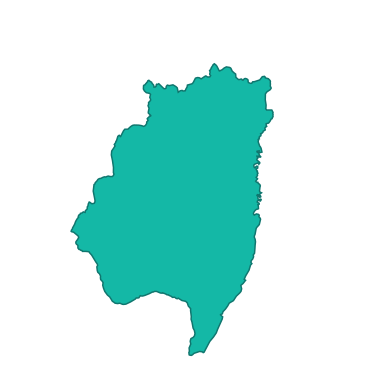 Muse, Shan, Myanmar, rotated 124°
{"feature_id": "60261553B93917356889079", "entity_name": "Muse", "entity_type": "district", "adm_level": 2, "iso_a3": "MMR", "parent_name": "Myanmar", "parent_adm1": "Shan", "projection": "mercator", "projection_center": [97.913, 23.713], "detail": "fine", "context": "isolated", "style": "filled", "palette": "teal", "viewbox_px": 384, "rotation_deg": 124, "n_neighbors": 0, "source": "geoboundaries", "source_scale": "gbopen_adm2", "svg_char_len": 6044}
<svg xmlns="http://www.w3.org/2000/svg" viewBox="0 0 384 384"><g transform="rotate(124 192 192)"><path d="M55.6,196.6L57.1,198.2L61.2,198.5L65.7,202.0L66.7,203.3L68.5,203.3L69.3,204.4L69.7,206.4L69.0,207.3L67.9,208.1L67.6,208.7L67.6,209.8L67.9,211.0L68.7,211.9L70.8,212.3L71.0,213.2L70.7,213.7L70.8,214.4L72.2,215.5L72.8,216.4L72.4,219.7L69.8,221.8L69.7,223.7L69.3,226.3L67.9,228.6L67.6,229.3L67.7,230.5L69.1,233.5L71.3,234.7L73.8,235.4L76.2,236.8L76.3,237.2L73.8,241.7L73.3,243.3L73.2,245.2L73.6,245.4L74.3,245.4L74.8,245.7L75.5,245.5L78.3,245.5L79.1,245.1L80.0,245.3L80.6,245.0L81.5,245.3L82.4,244.0L84.1,243.4L84.7,242.9L85.1,241.6L86.6,241.6L87.8,243.1L88.0,243.8L88.0,245.4L88.9,246.0L89.6,246.1L90.2,246.6L91.0,246.8L93.0,247.7L93.3,250.1L94.1,251.5L95.7,252.8L100.7,252.2L102.3,252.5L105.9,255.6L107.7,254.8L110.4,254.6L111.8,254.2L113.3,255.9L113.3,257.0L114.7,258.4L117.0,259.2L113.9,262.5L113.6,264.4L113.8,267.7L116.5,270.3L117.2,272.2L118.8,272.4L120.3,271.6L121.1,271.9L121.7,272.4L122.0,273.3L120.8,280.1L122.4,281.0L122.5,281.6L123.4,281.5L124.3,280.9L125.4,281.1L126.3,282.1L124.9,283.5L124.1,286.2L123.6,286.8L123.7,289.5L123.5,290.2L124.4,290.8L125.7,290.5L126.6,290.8L127.5,290.7L128.0,290.9L129.4,290.9L130.2,291.5L131.0,291.6L133.8,289.9L134.8,288.0L135.2,285.4L134.0,282.4L134.2,281.0L137.2,279.9L138.1,278.4L138.9,277.7L140.8,277.7L142.0,278.1L143.7,276.9L144.7,276.9L145.7,275.9L146.5,274.5L150.3,272.9L151.0,272.3L151.6,269.0L152.3,268.8L152.9,269.7L154.3,269.6L155.1,270.0L156.3,270.1L157.3,268.4L159.3,268.7L160.5,267.9L162.1,267.8L163.4,268.0L164.6,268.7L165.2,271.0L166.4,273.6L168.9,277.5L170.1,278.6L172.3,279.5L175.8,280.3L177.5,282.8L179.6,283.0L185.9,282.2L185.7,284.1L187.3,284.6L191.9,283.2L192.5,283.4L193.9,282.9L196.1,283.0L196.5,282.0L197.1,281.8L197.2,281.5L202.9,281.5L206.4,279.6L210.3,275.6L215.6,270.8L219.9,268.0L220.8,266.7L222.4,266.4L223.7,266.7L224.9,268.4L225.6,270.3L226.5,271.1L227.7,271.8L228.5,273.2L230.3,274.5L231.2,274.8L232.8,276.4L234.2,277.0L236.1,277.0L237.6,277.3L238.6,277.4L239.4,277.0L240.6,277.4L246.5,274.4L253.1,267.8L254.4,267.0L255.9,266.7L257.2,267.8L257.8,268.8L257.6,270.5L257.8,271.6L260.0,271.3L261.6,270.5L262.9,270.5L264.6,269.4L267.1,269.9L268.7,269.2L269.3,271.0L271.0,271.5L272.1,272.6L273.1,272.3L274.3,272.9L275.8,272.7L276.4,271.9L277.0,272.1L279.1,272.2L281.6,272.0L284.2,271.3L288.6,270.9L289.7,270.5L291.0,270.6L292.2,270.2L292.2,269.4L291.5,267.7L292.1,261.9L292.3,261.5L293.1,260.5L295.5,260.3L298.0,260.4L298.9,260.0L299.6,259.3L299.8,258.8L300.1,256.7L302.2,255.3L302.8,253.7L302.5,253.2L302.5,251.6L302.1,250.5L302.5,249.6L300.8,247.1L299.1,244.0L299.6,243.1L300.4,239.9L303.9,232.3L304.6,230.3L305.6,229.2L307.3,229.0L310.2,226.5L311.2,225.2L311.6,222.9L312.8,220.8L314.4,219.9L315.7,218.7L316.2,216.5L316.9,215.0L319.2,213.9L321.2,211.6L323.2,208.7L324.7,204.5L325.0,201.5L327.2,196.7L327.0,196.1L327.2,193.6L326.1,191.3L324.5,189.6L324.0,186.9L323.4,185.8L321.9,184.1L317.5,181.5L312.4,179.1L311.0,179.0L310.3,177.8L309.4,176.9L306.9,176.9L306.7,176.1L305.8,174.7L304.0,173.2L300.2,170.6L297.1,168.9L296.6,168.2L295.3,167.4L294.2,165.7L293.4,161.7L292.5,160.1L292.1,160.1L291.3,157.1L291.2,155.2L290.4,154.0L290.6,153.3L290.1,150.9L290.3,149.3L288.9,147.5L289.1,145.5L288.6,144.4L287.7,144.0L287.6,139.7L286.2,136.2L286.5,134.0L288.6,131.3L289.5,127.9L291.2,126.8L295.7,122.9L298.0,121.6L300.0,119.1L304.2,115.0L305.4,112.7L307.6,110.4L310.0,109.5L311.8,109.7L314.1,110.9L315.8,110.4L316.9,109.9L318.7,108.0L322.9,107.2L325.5,105.1L326.6,104.9L327.0,104.7L328.6,103.3L328.6,103.0L327.9,101.3L326.8,100.6L324.6,100.1L319.9,96.5L318.7,93.9L318.9,92.9L318.0,92.4L306.0,93.7L300.1,93.1L295.2,93.1L291.5,94.0L280.5,95.9L278.3,96.8L278.2,98.3L277.9,99.7L277.7,99.8L276.0,98.7L273.9,99.4L270.3,98.8L266.6,98.7L263.3,99.0L258.9,96.9L253.5,97.0L249.1,96.0L247.0,95.8L244.5,96.7L242.1,99.3L239.2,98.5L235.2,98.2L235.2,99.9L231.5,100.6L225.0,101.0L219.8,102.6L217.9,102.3L217.4,103.8L215.6,104.5L213.8,104.2L211.3,104.7L209.9,106.0L207.8,105.9L203.9,108.1L200.7,110.0L197.8,111.5L195.9,113.2L194.7,115.0L193.6,115.7L191.7,116.1L186.4,118.4L185.2,118.5L181.4,118.0L176.3,119.9L175.6,120.7L175.4,121.9L174.8,122.9L173.8,123.2L173.4,123.8L173.4,124.5L174.2,126.4L176.3,127.5L176.1,128.3L175.7,128.9L174.6,129.4L172.1,129.4L170.9,129.1L169.9,128.6L169.4,127.9L168.6,127.6L166.2,129.5L165.7,130.3L164.6,129.5L163.8,130.0L164.0,132.1L163.1,132.7L162.2,132.5L161.5,131.4L161.4,130.4L160.5,130.2L159.5,130.5L159.5,131.1L160.6,132.2L161.0,132.8L160.8,133.4L159.9,134.2L159.0,134.6L158.5,136.3L157.6,136.3L157.2,135.5L158.5,133.0L157.8,132.3L157.3,132.4L156.8,133.2L156.8,134.2L156.4,134.6L155.4,134.5L153.8,133.9L154.0,135.8L153.4,136.6L150.1,138.3L148.7,138.8L147.9,139.9L147.7,142.0L147.1,142.9L147.6,143.4L147.7,144.2L147.4,145.3L144.4,145.0L144.0,147.0L141.7,146.9L140.7,147.9L139.8,147.7L138.9,148.7L138.9,149.4L138.1,149.5L137.5,151.4L136.9,151.6L135.4,150.9L133.9,151.9L134.5,153.0L135.3,153.2L136.1,153.0L136.7,153.4L136.9,153.9L135.7,155.5L134.7,155.8L133.3,155.2L131.1,153.6L131.6,152.1L130.0,152.0L129.6,152.5L129.1,156.3L128.5,156.6L126.8,156.4L126.6,157.5L126.0,158.2L125.1,156.7L125.3,155.8L125.0,154.9L124.4,154.7L123.6,157.1L122.1,158.4L122.5,159.2L122.4,160.6L121.9,160.9L120.3,159.4L121.6,158.6L120.9,157.2L119.8,156.3L117.1,159.2L116.4,160.4L116.1,161.5L113.7,164.8L112.8,165.6L112.4,165.6L111.8,165.9L111.4,166.5L110.3,165.9L109.9,166.6L109.1,166.6L108.8,167.0L108.1,167.0L107.1,166.4L106.0,166.7L105.3,167.7L104.2,166.9L102.8,166.6L101.8,167.0L99.8,166.0L99.1,166.3L98.8,167.0L97.8,167.4L95.9,166.8L95.8,167.5L95.2,167.5L94.8,168.1L93.9,168.7L92.1,167.1L91.7,167.0L89.3,166.9L87.5,167.2L86.4,166.6L85.3,167.0L84.3,166.9L82.9,168.0L82.1,168.3L81.7,169.1L80.7,169.3L79.4,171.7L82.3,176.0L81.6,177.6L81.0,177.7L78.5,179.2L74.6,182.8L69.6,186.0L67.1,185.9L63.5,184.4L61.8,184.4L61.2,184.9L60.5,186.3L58.4,187.5L58.0,188.0L56.4,188.9L55.9,189.7L55.4,192.1L56.4,195.1L55.8,195.6L55.6,196.6Z" fill="#14b8a6" stroke="#0f766e" stroke-width="1.5"/></g></svg>